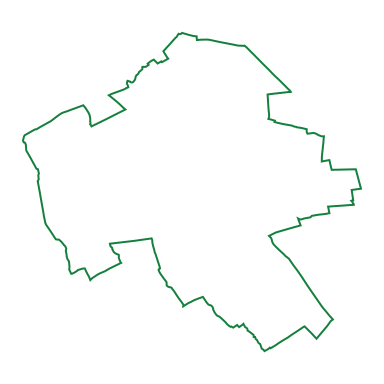 the district of Cucuteni, Iasi, Romania
{"feature_id": "2599482B58043741018899", "entity_name": "Cucuteni", "entity_type": "district", "adm_level": 2, "iso_a3": "ROU", "parent_name": "Romania", "parent_adm1": "Iasi", "projection": "robinson", "projection_center": [26.926, 47.277], "detail": "fine", "context": "isolated", "style": "outline", "palette": "green", "viewbox_px": 384, "rotation_deg": 0, "n_neighbors": 0, "source": "geoboundaries", "source_scale": "gbopen_adm2", "svg_char_len": 5005}
<svg xmlns="http://www.w3.org/2000/svg" viewBox="0 0 384 384"><path d="M67.0,111.3L63.4,112.5L61.7,113.2L59.2,114.8L55.7,117.4L50.9,121.1L39.7,127.3L36.5,129.3L35.0,129.4L24.8,135.2L24.0,136.4L23.0,140.6L23.8,142.4L25.0,142.7L25.8,144.5L26.3,150.6L29.8,156.6L36.5,168.8L37.9,169.2L38.9,173.5L38.3,175.3L38.5,177.4L38.7,179.4L37.7,181.2L39.6,191.2L41.2,200.4L43.2,211.6L43.9,216.0L45.4,223.2L46.1,224.7L50.2,230.7L53.6,235.9L55.8,239.3L57.4,239.6L58.6,239.5L60.3,240.7L62.2,242.7L64.2,245.3L65.2,246.1L66.3,248.7L65.8,250.7L66.6,254.7L66.6,256.1L67.5,259.1L69.0,261.5L69.5,267.0L69.2,269.5L71.2,273.8L72.1,273.7L74.2,272.7L77.1,270.9L77.8,270.1L81.9,268.8L84.0,268.4L84.9,268.5L85.8,270.7L87.4,273.9L89.1,276.9L90.3,280.1L92.4,278.0L94.0,277.0L97.4,274.7L99.8,273.4L104.8,271.3L108.7,269.0L110.4,268.1L121.1,262.9L120.6,262.4L119.8,260.5L119.2,259.0L118.8,257.9L118.8,257.2L118.9,256.0L118.7,254.7L118.1,254.5L116.6,254.0L114.9,253.0L114.1,252.3L113.4,251.5L112.9,250.0L112.7,249.9L112.3,249.4L112.3,248.7L112.1,247.8L111.8,247.4L111.2,247.0L110.4,246.0L109.9,243.7L134.7,240.8L151.6,238.4L152.1,239.8L152.3,240.6L152.3,242.3L153.0,245.6L154.5,250.9L154.6,252.3L155.2,253.1L159.4,266.0L159.9,267.7L160.0,268.4L159.9,268.6L158.8,269.3L158.6,269.6L158.6,270.0L159.4,272.0L160.3,273.6L164.0,278.8L165.9,281.2L166.6,282.3L166.6,283.6L166.6,285.0L166.8,285.6L167.6,286.3L168.2,286.7L169.7,287.2L170.9,287.4L171.7,287.9L172.2,288.8L174.0,291.1L176.4,294.8L178.8,298.4L181.4,301.8L183.2,304.4L183.5,304.8L183.4,305.4L183.2,306.1L183.2,306.4L187.2,303.8L188.7,302.9L190.8,302.0L193.9,300.3L197.4,298.9L202.9,296.9L205.2,300.3L206.2,301.9L208.0,304.1L208.6,304.7L210.9,305.4L212.4,306.7L212.8,307.7L213.2,308.7L213.2,309.6L214.7,312.6L216.4,314.9L217.5,315.9L218.4,316.2L219.5,316.7L222.0,318.9L226.1,322.8L226.3,323.2L227.0,324.1L228.9,325.7L230.5,326.8L231.3,326.5L233.2,327.6L237.1,325.0L239.1,327.1L241.9,325.2L243.4,323.8L245.0,326.9L247.1,328.4L247.5,329.4L247.5,330.5L249.5,331.8L253.6,335.0L253.7,337.0L255.1,337.0L255.7,339.0L257.1,340.1L257.7,341.6L258.7,343.1L259.5,343.7L260.2,344.1L261.7,348.6L263.5,349.8L264.5,351.1L268.7,348.8L269.3,348.1L269.9,347.6L270.4,347.9L270.7,348.2L275.7,345.2L279.0,342.9L282.8,340.5L287.9,337.5L291.5,334.9L297.5,331.0L303.1,327.2L304.5,326.4L305.8,327.6L311.8,333.6L312.9,334.8L316.5,338.7L327.3,325.9L330.7,321.1L332.9,319.5L328.9,315.0L327.1,312.8L323.9,309.0L321.9,306.5L319.6,303.2L316.4,298.5L313.7,294.7L307.8,286.1L301.6,276.6L297.5,270.7L293.6,265.5L288.9,258.7L285.2,255.8L284.2,254.6L280.4,251.1L276.2,247.1L274.1,244.9L273.1,243.6L272.2,241.7L271.8,240.0L271.5,239.0L271.3,238.3L271.0,237.8L270.5,237.3L270.0,236.9L269.0,235.9L275.8,232.5L283.3,230.3L289.9,228.4L300.6,225.4L298.1,218.5L299.8,219.4L301.5,219.4L304.1,218.5L310.5,217.3L311.7,215.9L318.4,214.7L322.4,214.3L326.4,213.8L327.6,213.5L329.4,213.2L328.1,206.6L353.8,204.8L353.6,203.9L353.0,203.5L352.4,201.9L351.3,200.8L352.0,200.5L353.2,200.4L351.7,190.0L355.0,189.5L361.0,188.7L359.7,183.9L355.8,169.3L354.5,169.4L354.4,169.3L337.5,169.7L331.7,169.8L330.7,165.9L329.4,160.1L329.1,160.1L321.8,161.5L321.9,156.4L323.3,143.3L323.9,136.3L322.8,136.4L321.2,136.2L318.7,135.2L317.1,134.4L316.8,134.0L315.9,133.7L313.8,132.9L310.0,133.4L307.5,133.7L306.9,132.4L306.7,132.1L306.7,129.2L305.3,128.9L302.5,128.2L299.4,127.6L297.1,127.4L296.6,127.0L294.0,126.5L292.4,125.7L282.9,124.0L278.0,122.9L274.5,122.0L274.9,120.7L270.5,119.4L268.4,118.9L269.1,117.1L269.1,114.8L269.0,113.4L268.7,111.1L268.4,107.4L268.1,102.7L267.6,94.5L271.8,93.9L275.5,93.5L281.9,92.8L287.0,92.2L288.6,92.0L290.5,92.0L290.8,91.9L290.4,91.3L289.4,90.1L287.5,88.3L284.9,85.7L282.4,83.2L279.6,80.4L277.3,78.2L274.5,75.6L272.2,73.3L269.2,70.1L261.8,62.8L259.1,60.0L256.4,57.3L254.3,55.1L251.5,52.4L246.6,47.4L245.4,46.4L244.5,45.7L244.0,45.9L243.8,45.8L238.1,45.6L230.7,44.1L220.7,42.2L213.6,40.7L208.9,39.7L207.3,39.6L204.6,39.6L201.2,39.7L196.9,40.0L196.6,36.3L195.6,36.3L192.9,35.9L189.6,35.1L182.0,32.9L181.6,33.5L179.7,34.2L179.0,34.0L178.6,33.8L177.6,35.3L176.5,37.1L175.6,37.7L172.0,41.7L170.0,44.0L166.4,47.9L163.4,51.2L163.9,52.2L165.9,55.4L166.8,56.9L168.2,58.7L161.9,62.2L161.3,61.4L157.6,63.5L153.8,59.6L152.5,60.3L151.2,60.9L147.7,63.6L148.6,64.9L145.7,66.9L144.5,66.9L143.5,66.8L142.4,66.9L142.3,67.4L142.4,68.1L142.4,68.7L142.3,69.1L141.8,69.7L141.3,70.2L140.7,70.7L139.4,71.7L139.0,72.1L138.8,72.8L138.1,73.9L137.7,74.4L137.3,74.7L136.8,74.9L136.4,75.3L136.3,75.7L135.7,76.6L135.5,77.2L135.3,78.7L135.1,79.5L134.3,80.6L133.3,81.9L132.8,82.2L131.7,82.5L130.8,82.3L130.4,82.1L130.2,81.7L129.9,81.5L128.9,81.3L127.9,80.8L127.5,80.8L127.0,82.5L126.9,83.6L127.8,85.4L128.3,87.3L126.0,88.2L125.1,88.9L124.0,89.4L121.7,90.3L111.7,93.9L108.9,95.3L111.7,97.5L116.1,101.1L118.1,102.8L120.7,105.2L123.5,107.9L125.4,109.5L116.0,114.2L107.0,118.8L91.5,126.4L90.9,125.0L90.1,124.2L90.5,123.1L90.2,121.5L90.3,118.8L89.6,115.1L88.5,112.7L85.6,108.1L83.3,105.3L70.7,109.9L67.0,111.3Z" fill="none" stroke="#15803d" stroke-width="2"/></svg>